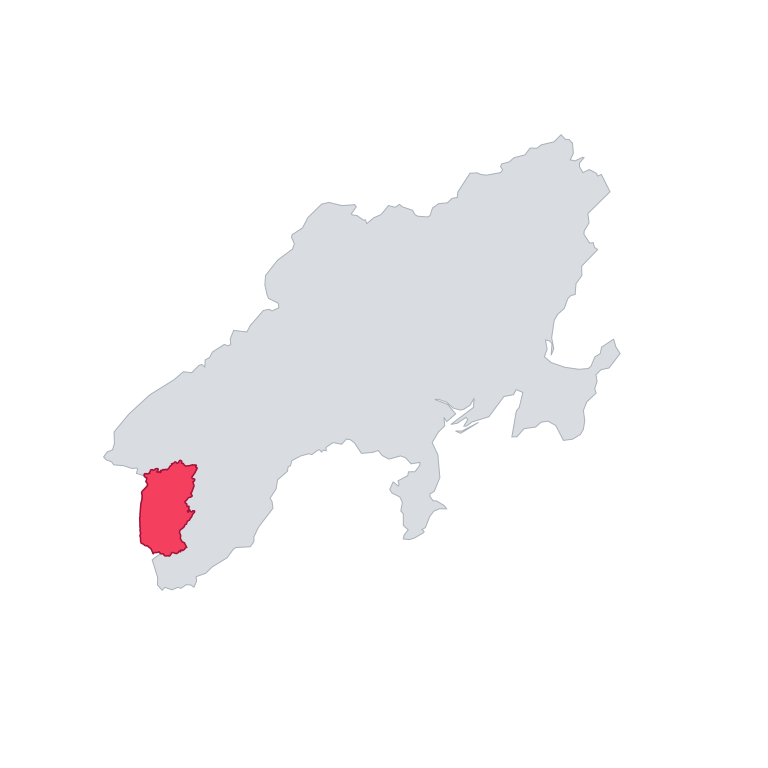 location of L'viv within Ukraine, rotated 316°
{"feature_id": "UKR-291", "entity_name": "L'viv", "entity_type": "Region", "adm_level": 1, "iso_a3": "UKR", "parent_name": "Ukraine", "parent_adm1": "", "projection": "equal_earth", "projection_center": [24.224, 49.684], "detail": "fine", "context": "in_parent", "style": "filled", "palette": "rose", "viewbox_px": 768, "rotation_deg": 316, "n_neighbors": 0, "source": "natural_earth", "source_scale": "10m", "svg_char_len": 9363}
<svg xmlns="http://www.w3.org/2000/svg" viewBox="0 0 768 768"><g transform="rotate(316 384 384)"><path d="M525.6,497.5L534.5,508.9L541.7,514.8L545.2,515.0L554.5,511.0L560.8,512.3L566.1,508.6L580.3,511.3L576.5,518.6L575.0,526.1L557.0,528.8L550.0,524.4L542.9,524.6L539.2,530.0L532.4,533.7L530.3,537.9L517.4,537.7L509.0,541.6L502.9,549.9L495.9,555.1L490.3,556.7L481.3,554.7L473.9,549.2L478.7,533.2L476.2,524.6L470.4,520.6L463.2,520.3L453.6,513.4L443.0,514.3L439.2,510.9L460.4,495.4L465.2,494.7L478.0,486.5L475.2,479.9L469.7,481.6L461.5,476.3L436.7,480.4L421.1,472.5L414.1,471.6L412.2,469.7L419.4,467.9L419.9,465.0L409.6,463.2L404.0,459.5L431.9,463.0L439.1,456.8L431.5,459.0L423.6,457.6L420.7,455.6L417.0,449.3L416.4,440.6L412.6,432.8L409.8,430.4L415.6,443.0L414.8,455.3L403.0,454.6L403.9,449.6L398.7,456.2L389.5,456.4L377.9,459.6L373.6,472.3L359.2,490.1L345.6,496.1L340.9,495.1L338.9,496.6L338.2,502.1L340.6,504.7L342.9,513.6L342.3,517.3L337.3,512.3L331.6,510.1L325.3,510.9L314.1,516.0L310.1,515.1L310.5,517.7L309.5,518.5L298.7,515.9L294.0,513.4L290.2,508.8L293.6,506.6L300.1,505.7L299.7,499.1L307.7,490.8L307.9,487.0L315.0,481.9L316.9,476.3L314.0,468.0L314.9,463.8L322.6,460.8L323.4,467.3L325.1,466.7L326.8,463.4L337.5,466.4L340.6,464.2L345.3,468.6L353.4,467.3L355.3,465.3L348.0,460.2L348.3,452.0L346.0,447.3L335.3,441.4L333.0,434.1L333.7,427.8L328.3,425.3L319.6,418.2L321.9,405.7L321.2,401.0L318.7,397.4L311.8,398.0L306.6,390.7L298.3,389.3L296.0,391.9L294.6,389.5L291.8,389.6L292.0,386.6L290.0,385.5L283.1,384.7L281.4,381.9L273.9,377.8L264.6,375.1L259.8,377.8L257.5,377.0L253.9,379.7L240.9,379.0L233.3,384.6L222.7,387.0L221.7,390.9L217.9,396.2L194.2,399.8L184.2,403.6L180.9,407.0L174.8,408.2L164.0,398.9L160.8,398.2L150.4,400.0L133.1,396.2L124.2,396.3L115.1,392.1L112.2,395.6L106.1,398.2L105.5,394.6L102.5,391.1L96.2,390.0L94.1,386.9L88.4,384.7L85.2,378.1L81.1,378.2L81.5,371.1L86.7,366.1L95.1,349.4L105.3,350.8L105.5,349.0L100.8,345.1L101.8,339.8L99.1,329.3L101.0,326.4L112.2,313.9L134.9,293.6L143.6,292.2L147.5,287.1L147.7,283.4L143.8,276.3L148.0,273.8L147.7,272.7L144.1,269.8L140.0,262.0L133.4,254.3L134.0,250.7L131.5,245.6L131.6,241.7L137.7,240.6L143.0,242.8L148.8,239.5L156.5,231.0L179.7,228.4L208.0,229.1L236.1,235.1L248.2,235.8L253.5,242.3L263.5,242.1L266.5,243.3L266.9,247.3L272.0,242.5L277.1,243.8L282.8,241.8L296.6,244.6L298.3,248.2L301.1,249.1L304.8,244.7L313.1,241.0L321.5,251.3L328.2,249.1L348.3,247.3L353.3,250.5L354.2,253.6L361.3,256.2L364.1,252.4L360.4,242.3L361.9,238.5L367.2,229.9L374.3,223.6L393.7,221.0L411.9,223.4L417.0,220.8L419.3,214.3L421.6,212.8L433.9,215.1L444.9,211.4L464.1,211.3L470.5,215.1L477.6,226.4L487.5,234.7L487.1,237.3L478.7,238.9L478.6,240.3L481.6,244.1L483.1,252.1L484.7,253.0L482.9,256.6L492.1,257.3L499.6,260.1L511.2,258.8L514.8,264.7L519.9,265.5L520.3,269.4L525.2,278.8L523.9,283.7L524.8,286.7L531.3,294.0L534.1,294.9L541.1,291.1L548.7,292.3L555.4,297.7L561.9,297.7L566.2,300.7L570.5,297.2L592.3,292.1L598.0,297.2L599.1,300.5L602.8,305.0L614.9,313.0L618.2,312.2L618.9,308.5L621.5,307.4L628.3,311.2L634.9,311.6L644.5,317.1L653.0,315.8L657.7,320.6L663.2,321.2L674.5,327.9L684.5,327.7L684.4,333.9L686.9,336.6L686.9,341.7L680.3,349.7L673.7,352.1L676.3,356.2L684.5,358.9L685.1,360.2L678.1,360.8L675.4,363.7L674.0,370.2L680.6,372.3L683.2,380.2L682.0,382.7L685.9,384.2L680.1,402.7L649.0,403.0L643.5,410.5L634.4,412.9L631.8,415.2L629.8,425.6L632.7,427.6L630.3,432.0L631.1,435.7L608.1,436.5L601.7,443.4L591.8,445.2L583.7,452.4L579.9,450.2L575.4,450.3L566.1,454.9L557.4,454.5L550.7,456.4L536.7,467.2L530.6,476.6L524.2,479.4L532.9,471.7L533.0,467.7L530.7,464.5L525.5,472.3L518.3,475.7L519.1,484.7L525.6,497.5ZM425.3,477.3L404.9,472.7L402.8,467.5L407.4,472.0L425.3,477.3Z" fill="#d9dde1" stroke="#a8b0b8" stroke-width="1"/><path d="M100.2,345.8L100.0,345.5L100.2,345.0L100.7,344.1L101.2,342.6L101.8,341.3L101.9,340.6L101.5,336.7L101.4,336.0L101.2,335.7L100.5,335.0L100.0,334.5L99.9,334.2L99.8,333.7L99.6,331.9L99.4,331.3L98.8,329.8L99.6,328.1L102.2,325.3L102.8,323.9L103.1,323.5L103.4,323.3L104.2,323.1L104.5,323.0L105.1,322.5L107.2,319.4L107.5,319.1L107.8,319.0L108.4,318.8L108.7,318.5L108.9,318.2L109.1,317.4L109.3,317.0L110.7,315.8L114.4,311.5L115.7,310.2L117.0,309.5L118.0,308.2L125.7,301.4L129.0,299.3L130.0,298.7L132.6,296.3L133.1,295.8L133.5,294.6L133.9,294.0L134.3,293.6L134.9,293.4L136.1,293.1L142.1,293.0L143.9,292.4L144.6,291.0L144.8,290.6L144.8,290.0L144.8,289.2L144.9,288.7L147.0,287.8L147.6,287.2L148.1,286.8L148.1,286.7L147.9,286.5L147.7,286.0L147.4,284.0L148.1,282.9L148.4,282.6L148.7,282.4L149.1,282.3L149.6,282.3L150.0,282.5L150.2,283.3L150.5,283.4L151.0,283.6L151.3,283.9L151.5,284.3L151.8,284.6L152.1,284.8L152.8,284.9L153.1,285.2L153.1,284.9L153.7,284.8L154.0,284.6L154.4,284.6L155.2,284.5L155.5,284.3L155.6,284.2L155.8,284.0L156.0,283.8L156.2,283.7L156.5,283.8L156.8,283.9L157.2,284.1L157.8,284.6L157.9,284.9L158.0,285.1L157.9,285.3L158.0,285.5L159.0,286.3L159.4,286.4L159.8,286.4L160.3,286.2L160.5,286.2L160.9,286.3L161.2,286.5L162.2,287.4L162.4,287.6L162.5,287.9L162.5,288.1L162.4,288.4L162.2,288.6L161.9,288.8L161.6,289.0L160.0,289.3L159.7,289.4L159.6,289.5L159.6,289.8L159.7,290.0L161.1,290.9L161.3,291.1L161.4,291.4L161.3,292.0L161.5,292.3L162.2,292.3L162.4,292.3L162.6,292.2L162.7,291.9L162.7,291.2L162.8,291.1L163.1,291.0L163.3,291.1L163.5,291.3L163.8,291.7L164.0,291.8L165.3,291.9L165.5,292.0L165.8,292.2L165.8,292.4L165.8,292.6L166.1,292.9L167.5,293.6L167.8,293.9L168.0,294.1L167.9,294.5L168.0,294.6L168.0,294.8L168.3,294.9L168.7,295.0L170.3,295.1L170.8,295.1L171.1,295.0L171.4,294.9L171.7,294.8L172.0,294.7L172.8,294.5L174.9,294.8L175.3,294.8L175.5,294.7L175.5,294.2L175.6,293.9L175.9,294.0L176.4,294.1L177.3,294.7L178.0,294.9L179.2,294.8L179.3,294.8L179.7,295.0L179.8,295.1L180.0,295.4L180.1,295.9L180.0,297.1L180.2,297.5L180.7,297.7L181.4,297.7L181.8,297.7L182.1,297.6L183.0,297.2L183.3,297.1L183.7,297.1L184.1,297.2L184.4,297.4L184.6,297.6L184.7,297.8L184.8,298.4L184.8,298.7L184.8,299.0L184.7,299.3L184.5,299.5L183.5,300.3L183.4,300.4L183.4,300.6L183.6,300.8L184.2,301.5L184.3,301.7L184.4,301.9L184.1,302.9L184.1,303.7L184.1,304.2L184.4,305.3L184.7,305.6L187.8,307.9L190.2,309.1L190.3,309.4L190.3,309.6L190.4,309.8L190.7,310.1L191.5,310.5L191.9,311.1L192.3,311.5L192.4,311.8L192.5,312.0L192.4,312.3L192.0,312.5L191.5,312.5L191.3,312.6L191.1,312.7L191.0,313.1L190.9,313.3L191.0,313.5L191.2,314.0L191.3,314.2L191.2,314.3L191.2,314.5L190.8,314.9L190.6,315.1L190.0,315.3L189.6,315.4L189.1,315.4L189.0,315.5L188.3,315.8L188.1,315.9L187.4,316.1L186.2,316.6L183.6,317.0L183.2,317.2L182.9,317.2L181.3,317.4L181.1,317.5L180.8,317.9L180.6,318.7L180.6,319.0L180.9,319.6L181.5,320.3L181.6,320.5L181.6,320.8L181.6,321.0L181.4,321.3L181.2,321.5L180.4,321.9L180.2,321.9L179.9,322.0L179.5,322.0L179.4,321.9L179.1,321.6L178.9,321.6L178.7,321.7L178.5,321.9L177.8,323.0L177.4,323.9L176.5,325.4L176.3,325.5L170.5,328.3L170.2,328.3L169.9,328.4L169.7,328.3L169.3,328.3L169.1,328.4L168.9,328.6L168.8,330.0L168.6,330.6L168.2,331.3L167.7,331.4L167.4,331.3L167.1,331.1L166.8,331.1L166.5,331.1L166.3,331.1L166.0,331.0L165.9,330.8L165.1,330.3L164.8,330.1L164.5,330.0L164.1,330.0L163.7,329.9L161.1,330.5L160.8,330.5L159.6,330.3L159.4,330.3L159.2,330.3L159.0,330.5L158.8,330.7L158.5,331.2L158.4,331.5L158.4,331.8L158.6,332.2L158.8,332.6L158.8,332.8L158.8,333.2L158.6,333.5L157.6,334.9L157.4,335.3L157.3,335.5L157.5,335.6L158.5,336.2L158.6,336.3L158.7,336.6L158.5,336.9L157.4,337.8L157.1,338.2L156.9,338.5L156.5,338.6L156.0,338.7L155.3,338.7L154.9,338.8L154.2,339.0L153.9,339.5L154.0,339.9L154.1,340.0L154.3,340.2L154.5,340.2L155.0,340.0L155.7,339.5L155.9,339.4L156.1,339.4L156.5,339.6L156.7,339.8L156.8,339.9L156.8,340.1L156.7,340.3L156.4,340.7L156.4,340.9L156.4,341.1L156.5,342.1L156.7,342.3L157.5,342.5L158.1,342.6L158.5,342.4L159.4,343.4L159.5,343.5L159.5,343.8L159.4,344.0L159.1,344.3L158.7,344.5L158.1,344.7L157.8,344.7L157.5,344.7L157.4,344.6L157.0,344.6L156.4,344.7L155.1,345.1L153.6,345.8L153.3,345.9L152.6,346.1L151.7,346.0L151.3,346.1L149.8,346.7L149.4,346.7L149.2,346.7L147.7,346.3L147.3,346.2L147.1,346.2L146.7,346.3L145.2,347.2L144.8,347.4L144.5,347.5L143.3,347.0L142.9,347.0L142.7,347.0L141.8,347.6L141.2,347.9L139.5,347.9L136.2,347.5L135.6,347.6L135.3,347.7L134.7,348.0L134.1,348.4L133.8,348.7L133.7,348.9L132.8,351.2L132.5,351.7L132.3,352.0L130.8,353.1L130.3,353.5L130.1,353.8L129.3,357.0L129.2,357.3L129.2,357.5L129.3,357.9L129.7,358.3L129.9,358.7L130.0,359.3L130.1,359.7L128.6,364.4L127.8,364.1L127.4,364.1L125.7,364.3L125.0,364.3L124.0,364.1L123.6,364.0L123.4,363.8L123.3,363.7L123.1,363.5L123.1,363.3L123.1,363.1L123.1,362.9L123.0,362.7L122.7,362.4L122.4,362.3L122.2,362.5L121.6,363.1L121.2,363.3L120.9,363.2L120.8,362.9L120.8,362.3L120.7,361.9L120.4,361.9L120.1,362.2L119.8,362.3L119.3,362.3L117.8,362.2L117.4,362.1L116.9,361.8L116.7,361.5L116.0,360.5L115.3,358.9L115.0,358.5L114.7,358.2L114.4,358.1L114.2,358.0L113.2,358.2L111.9,358.6L111.6,358.7L111.3,358.7L111.0,358.8L110.5,358.7L110.0,358.6L109.7,358.2L109.5,357.7L109.3,357.5L108.1,356.6L107.3,355.8L107.1,355.5L107.0,355.3L106.9,354.8L106.9,354.3L106.9,354.1L107.1,353.8L107.4,353.2L107.3,352.9L106.7,352.2L106.1,351.9L105.5,351.0L105.4,350.6L105.4,350.0L105.8,349.2L105.8,348.8L105.4,348.4L103.9,347.7L103.2,347.3L102.3,346.2L101.2,345.6L101.3,345.5L100.8,345.2L100.4,345.7L100.2,345.8Z" fill="#f43f5e" stroke="#9f1239" stroke-width="1.5"/></g></svg>